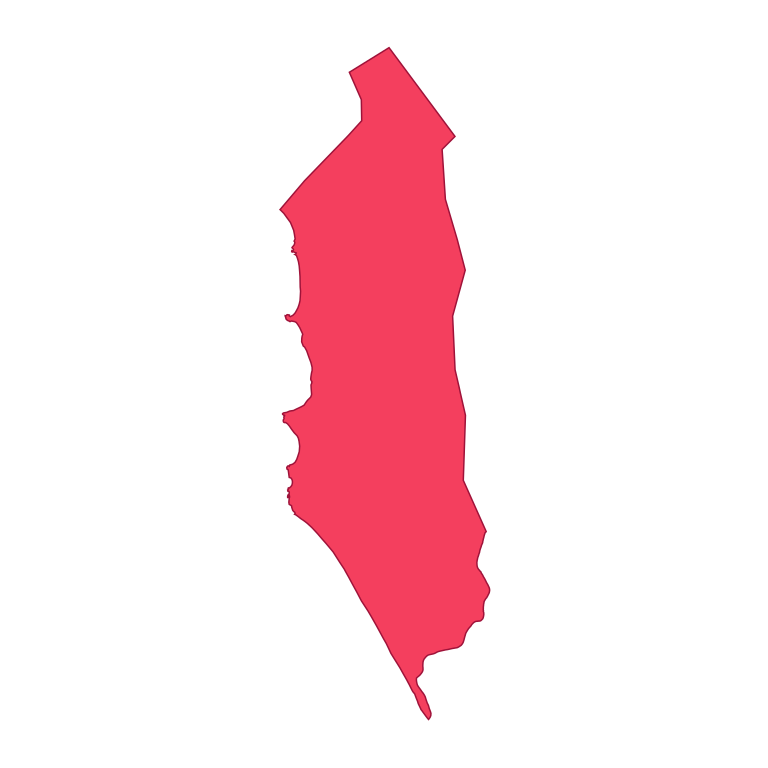 the district of Municipality E, Montevideo, Uruguay, rotated 89°
{"feature_id": "84410073B72296027070885", "entity_name": "Municipality E", "entity_type": "district", "adm_level": 2, "iso_a3": "URY", "parent_name": "Uruguay", "parent_adm1": "Montevideo", "projection": "robinson", "projection_center": [-56.066, -34.884], "detail": "fine", "context": "isolated", "style": "filled", "palette": "rose", "viewbox_px": 768, "rotation_deg": 89, "n_neighbors": 0, "source": "geoboundaries", "source_scale": "gbopen_adm2", "svg_char_len": 5542}
<svg xmlns="http://www.w3.org/2000/svg" viewBox="0 0 768 768"><g transform="rotate(89 384 384)"><path d="M533.3,284.4L481.7,306.4L416.7,303.1L393.9,307.9L388.8,308.9L371.0,312.7L317.3,314.2L271.6,300.8L241.0,308.2L200.4,319.4L150.4,321.8L137.7,308.7L47.8,373.1L54.5,384.3L71.7,413.2L99.3,401.7L120.4,401.7L134.9,415.3L179.3,459.8L207.8,484.9L208.5,484.2L211.6,481.2L215.9,478.2L220.9,474.7L225.2,473.0L228.9,471.6L233.2,470.9L237.5,470.3L238.2,470.7L239.6,471.4L240.1,471.0L240.7,470.7L242.3,471.0L243.5,471.5L244.8,472.6L245.9,473.6L246.3,473.5L247.1,472.6L248.1,472.1L248.9,472.7L249.4,473.2L249.1,473.8L250.1,474.0L250.5,473.4L250.0,472.6L250.5,471.8L251.4,469.5L252.2,469.8L252.9,470.1L253.0,470.7L254.0,469.3L256.9,468.3L260.2,467.4L264.6,466.7L264.9,466.7L269.3,466.4L275.0,466.1L280.6,466.1L285.6,466.1L289.9,465.8L295.5,466.2L299.2,466.5L302.7,467.4L306.3,468.7L309.0,470.2L310.4,471.0L311.9,472.0L313.8,474.0L315.0,476.5L314.3,477.5L313.4,477.4L313.0,479.2L313.1,479.8L313.5,480.3L314.2,480.9L314.0,481.6L314.9,481.5L316.0,481.0L317.1,480.9L317.9,480.3L318.3,479.9L319.1,478.7L319.3,477.9L320.0,476.9L319.4,475.5L319.7,474.0L320.1,472.2L320.9,470.7L322.5,469.5L324.4,468.3L326.1,467.3L330.2,465.5L331.7,464.8L333.1,464.4L334.6,465.0L336.9,465.4L340.4,465.6L343.7,464.4L344.7,464.0L345.7,462.7L349.5,460.7L355.9,458.6L361.2,456.7L366.0,455.6L369.1,455.6L371.8,456.3L375.3,456.9L377.8,457.2L379.2,456.8L380.2,456.1L381.8,456.2L383.7,457.0L387.3,456.9L392.0,456.6L393.5,456.6L395.8,457.5L397.1,458.8L398.3,460.1L398.6,460.4L400.1,461.7L403.8,464.3L405.2,466.9L406.4,469.5L407.6,472.2L408.9,474.9L409.4,478.7L410.7,481.9L411.1,484.7L411.5,485.5L412.1,486.0L412.5,485.9L413.1,485.2L413.6,484.7L413.5,484.0L414.0,483.9L414.5,484.2L415.3,484.8L416.0,484.6L416.9,484.5L417.9,485.2L419.0,485.4L420.0,485.2L420.6,484.8L420.9,483.8L420.8,483.0L422.1,481.2L423.2,480.3L424.0,479.6L427.5,477.3L431.1,474.7L432.3,473.6L434.2,471.8L436.6,470.6L439.9,469.9L444.7,469.4L450.2,469.9L454.4,471.3L457.9,472.6L460.9,474.4L462.6,476.8L463.2,479.0L463.4,479.7L464.4,480.0L464.7,480.2L464.3,480.6L464.2,481.2L464.3,481.6L464.8,482.1L465.2,482.3L465.6,482.6L466.1,482.7L466.3,482.6L466.5,482.6L467.0,482.5L467.6,482.3L467.8,481.9L467.9,481.5L468.1,481.3L475.8,480.4L476.2,478.9L477.6,477.8L479.3,477.3L479.6,477.3L481.4,477.3L483.4,477.8L485.0,478.9L486.3,480.5L486.2,481.4L486.9,481.7L487.7,481.6L488.3,482.2L489.6,481.9L489.6,481.2L490.5,480.6L492.9,480.8L492.8,481.5L493.5,482.0L494.2,482.2L494.4,481.6L493.4,480.8L493.7,480.6L494.9,480.4L495.3,480.4L495.2,482.3L495.8,482.3L495.9,481.0L496.4,480.7L497.8,480.9L500.6,481.2L502.7,480.9L503.8,479.0L504.3,478.5L505.0,478.5L506.0,478.3L508.6,477.5L510.0,476.5L510.5,475.6L512.0,475.1L512.7,475.7L513.3,474.4L514.9,472.3L517.2,469.5L518.9,467.0L520.2,465.3L522.0,463.1L524.1,460.9L526.3,458.6L529.4,455.8L533.0,452.6L538.0,448.5L542.8,444.4L551.0,437.8L561.6,431.3L568.5,426.9L570.5,425.9L576.6,422.6L584.0,418.8L591.8,414.7L600.4,410.4L610.6,404.0L616.8,400.5L626.0,395.5L633.1,391.8L638.5,389.0L643.6,386.2L648.2,384.1L653.4,381.8L660.6,377.5L667.9,373.1L674.1,369.8L680.3,366.4L682.7,365.2L685.4,363.8L688.4,362.4L691.1,361.1L692.7,360.1L694.4,358.7L696.2,358.1L699.0,357.1L701.8,356.0L704.3,355.3L706.4,354.3L708.4,353.4L710.3,352.6L711.4,351.7L712.3,351.1L717.1,347.7L719.5,345.9L720.2,345.3L719.7,344.9L718.2,343.8L716.4,343.0L714.1,342.8L712.3,343.3L709.3,344.4L706.1,345.2L703.6,346.4L699.8,347.6L697.6,348.2L695.9,349.0L693.9,350.2L692.1,351.6L690.1,352.9L688.3,354.2L687.1,355.0L685.7,355.8L684.4,356.2L682.9,356.5L681.5,356.7L680.0,356.8L678.5,356.6L677.7,355.7L676.7,354.4L675.8,353.3L674.9,352.5L673.8,351.6L672.8,350.9L671.6,350.3L670.5,350.0L669.5,350.0L668.4,350.0L667.3,350.1L665.9,350.1L664.5,350.0L662.5,349.8L661.2,349.4L660.0,348.9L659.0,348.1L657.9,347.2L656.5,345.7L655.7,344.4L655.2,342.2L654.7,339.6L654.2,338.0L653.5,336.6L652.7,335.1L652.1,332.9L651.4,329.5L650.9,327.2L650.6,324.9L650.2,323.0L649.7,320.6L649.1,316.8L648.9,315.4L648.3,314.1L647.5,312.8L646.7,311.5L645.7,310.6L644.7,309.9L643.6,309.3L642.4,308.9L641.2,308.5L638.6,307.8L636.4,307.1L634.9,306.7L633.4,305.9L632.3,305.2L631.0,304.4L629.9,303.6L627.3,301.2L626.1,300.5L625.4,299.8L624.8,299.2L624.1,298.5L623.6,297.7L623.2,296.9L622.9,296.1L622.9,295.2L622.8,294.4L622.7,293.3L622.7,292.3L622.3,291.3L621.4,290.3L620.5,289.4L619.4,288.9L618.6,288.7L617.8,288.5L616.6,288.3L615.7,288.2L614.9,288.3L614.1,288.3L612.9,288.7L612.3,288.5L611.4,288.7L610.4,288.6L609.5,288.6L608.2,288.5L606.8,288.3L605.7,288.2L604.6,287.9L603.7,287.8L602.9,287.5L602.2,287.1L601.2,286.5L600.3,285.9L599.5,285.1L599.2,284.9L598.6,284.6L597.8,284.1L596.6,283.5L595.5,282.9L594.4,282.4L593.4,282.2L592.4,282.0L591.3,282.0L590.1,282.2L589.2,282.5L588.3,282.9L587.4,283.3L586.3,283.8L585.3,284.4L584.2,285.0L583.1,285.5L582.0,286.0L580.4,286.8L579.0,287.6L578.0,288.2L577.1,288.5L576.5,288.9L575.9,289.2L574.9,290.0L574.4,290.1L573.4,290.5L572.7,291.3L571.8,291.9L571.2,292.5L570.5,293.0L569.8,293.4L569.0,293.7L568.0,294.0L567.3,294.1L566.4,294.2L565.5,294.2L564.3,294.3L563.2,294.1L562.2,294.0L561.1,293.7L560.1,293.5L558.9,293.2L557.7,292.7L556.5,292.3L555.4,292.0L554.3,291.5L553.3,291.3L552.3,291.1L551.3,290.8L550.4,290.5L549.4,290.1L548.3,289.7L547.2,289.4L546.3,289.0L545.4,288.6L544.8,288.3L544.1,288.1L543.2,288.0L542.5,287.8L541.7,287.6L540.8,287.4L540.1,287.2L539.1,286.9L538.2,286.7L537.1,286.4L536.4,286.2L535.7,285.9L535.0,285.7L534.2,285.3L534.0,284.9L533.3,284.4Z" fill="#f43f5e" stroke="#9f1239" stroke-width="1.5"/></g></svg>